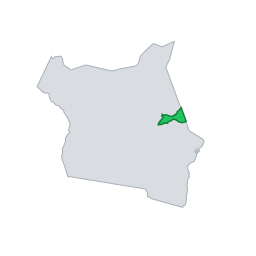 Dadaab, North-Eastern, Kenya shown in context, rotated 340°
{"feature_id": "3690345B19935861804031", "entity_name": "Dadaab", "entity_type": "district", "adm_level": 2, "iso_a3": "KEN", "parent_name": "Kenya", "parent_adm1": "North-Eastern", "projection": "albers", "projection_center": [40.106, 0.062], "detail": "fine", "context": "in_parent", "style": "filled", "palette": "green", "viewbox_px": 256, "rotation_deg": 340, "n_neighbors": 0, "source": "geoboundaries", "source_scale": "gbopen_adm2", "svg_char_len": 5795}
<svg xmlns="http://www.w3.org/2000/svg" viewBox="0 0 256 256"><g transform="rotate(340 128 128)"><path d="M55.0,153.6L54.9,150.5L55.4,142.6L55.4,135.6L55.8,132.1L57.5,129.9L58.3,128.3L58.9,126.1L59.8,124.2L61.9,122.8L62.3,121.9L64.4,119.5L65.8,116.3L66.7,115.2L68.0,114.2L68.8,113.6L70.2,113.1L71.4,112.8L71.6,112.6L71.7,112.1L71.3,110.1L71.8,109.4L72.5,108.1L73.4,106.9L74.2,106.1L74.6,105.3L74.9,103.9L74.9,102.9L74.9,101.3L74.7,97.6L73.8,94.5L73.2,91.1L73.6,89.9L72.9,87.9L72.6,87.8L72.0,87.4L71.2,85.5L70.7,83.7L70.3,83.3L67.9,81.7L66.7,78.2L65.3,77.4L64.6,73.8L64.5,72.8L65.3,69.2L65.2,68.4L64.4,67.7L62.1,66.9L60.2,65.4L60.5,64.9L60.6,64.4L59.6,64.0L56.8,57.9L60.5,54.3L64.2,50.6L69.0,46.0L73.3,41.7L77.1,38.0L80.5,34.7L80.4,35.4L80.4,36.2L80.8,36.7L81.5,37.1L82.5,36.7L83.3,36.2L84.1,36.1L89.2,37.5L90.0,38.7L89.9,40.0L90.2,40.9L89.8,41.9L89.3,44.7L89.5,47.3L90.9,49.2L92.3,50.8L93.4,52.9L94.2,53.6L95.2,53.9L98.7,54.0L103.8,54.1L108.8,54.3L109.2,54.3L110.3,54.6L114.8,57.5L118.9,60.2L122.5,62.5L125.9,64.7L129.2,66.9L131.8,68.7L134.3,69.2L138.4,69.5L141.3,69.6L143.9,70.3L147.9,71.0L150.8,71.4L152.6,71.8L157.5,72.2L158.3,72.0L160.4,70.0L162.9,66.8L163.8,65.0L167.0,63.2L172.5,60.7L176.3,59.0L180.7,57.3L182.6,58.8L185.3,61.2L186.5,62.4L187.5,62.9L189.0,63.3L190.8,63.3L191.7,63.2L193.7,62.9L198.4,62.6L201.1,62.6L198.8,65.9L196.1,69.8L191.2,76.9L187.4,80.7L184.6,83.5L184.3,84.0L184.3,87.2L184.4,94.9L184.4,110.3L184.5,125.8L184.6,141.2L184.6,148.9L184.6,151.5L187.1,154.8L189.6,157.9L192.9,162.1L194.6,164.4L194.9,165.1L194.8,166.6L192.1,169.8L189.9,171.2L187.0,171.9L186.1,171.7L184.9,171.3L184.5,172.0L184.2,173.2L183.5,173.0L183.0,172.6L183.3,174.7L183.6,175.7L183.2,177.1L181.7,178.3L181.6,179.4L178.5,182.0L174.1,182.3L171.8,183.7L170.8,184.8L170.0,187.2L170.3,190.8L169.0,193.6L168.8,195.0L166.5,196.8L165.5,198.5L164.8,200.2L164.1,201.0L163.4,204.8L162.3,207.1L162.0,207.9L161.8,208.6L160.9,209.9L160.4,210.8L160.0,211.5L157.3,217.4L155.2,220.1L153.6,219.7L152.5,220.8L152.4,221.3L151.8,221.0L150.4,220.0L147.6,218.0L144.8,216.0L142.0,214.0L139.1,212.0L136.3,209.9L133.5,207.9L130.7,205.9L127.9,203.9L126.2,202.7L125.5,202.0L124.9,200.6L124.6,200.3L123.9,199.8L123.0,199.7L122.8,199.5L122.8,198.8L123.1,197.8L124.1,196.0L124.2,194.9L124.0,193.7L123.7,191.7L123.4,191.2L121.6,190.2L117.7,188.0L113.8,185.8L109.8,183.6L105.9,181.5L102.0,179.3L98.1,177.1L94.2,174.9L90.3,172.7L86.4,170.5L82.5,168.3L78.6,166.1L74.7,164.0L70.8,161.8L66.9,159.6L63.0,157.4L59.1,155.2L57.7,154.3L56.4,153.6L55.0,153.6ZM184.9,175.1L184.3,175.2L184.6,174.2L186.6,172.9L187.4,173.2L187.6,173.5L187.2,174.0L184.9,175.1Z" fill="#d9dde1" stroke="#a8b0b8" stroke-width="1"/><path d="M166.8,137.0L167.0,136.4L167.2,136.2L167.4,136.1L167.6,136.1L167.8,136.0L167.9,135.9L168.0,135.9L168.7,136.0L168.9,136.0L169.0,136.0L169.4,136.0L169.6,136.0L169.8,135.9L170.4,136.0L170.6,136.0L170.8,135.9L171.0,135.9L171.3,135.9L171.5,135.8L171.8,135.7L172.2,135.4L173.0,135.1L173.3,135.1L173.5,135.2L173.6,135.4L173.7,135.5L173.8,135.5L174.0,135.6L174.4,135.7L174.5,135.7L174.5,135.8L174.8,136.0L175.0,136.1L175.2,136.3L175.4,136.4L175.7,136.6L175.8,136.6L176.0,136.6L176.0,136.8L176.1,137.0L176.3,137.3L176.3,137.5L176.7,137.8L176.8,137.9L176.8,138.0L177.0,138.1L177.1,138.3L177.2,138.6L177.3,138.6L177.3,138.9L177.5,139.1L177.6,139.3L177.8,139.5L178.0,139.7L178.5,140.2L178.8,140.4L179.2,140.6L180.2,141.1L180.9,141.4L181.1,141.5L181.3,141.6L181.6,141.7L182.2,141.7L182.9,141.8L183.1,141.8L183.3,141.8L183.5,141.8L183.9,141.7L184.9,141.7L184.9,130.0L184.9,127.1L184.6,127.3L184.3,127.4L184.1,127.5L183.8,127.7L183.5,127.8L183.3,128.1L182.9,128.4L182.4,128.7L182.2,128.8L181.7,128.9L181.5,129.0L180.9,129.1L180.5,129.3L180.4,129.3L180.2,129.6L179.9,129.7L179.8,129.8L179.7,129.8L179.7,130.0L179.4,130.5L179.2,130.6L179.2,130.8L179.1,131.0L178.9,131.1L178.7,131.2L178.6,131.3L178.4,131.3L178.2,131.3L177.9,131.3L177.8,131.5L177.7,131.5L177.4,131.6L177.2,131.7L176.9,131.6L176.7,131.5L176.6,131.4L176.4,131.5L176.2,131.6L176.1,131.8L176.0,132.0L175.9,132.1L175.7,132.0L175.4,132.2L175.1,132.2L174.9,132.2L174.6,132.1L174.4,132.1L174.2,132.2L173.8,132.1L173.7,132.0L173.4,132.0L173.1,132.0L172.8,132.0L172.7,131.9L172.4,131.7L172.2,131.6L171.8,131.4L171.6,131.3L171.4,131.3L171.2,131.1L170.9,130.9L170.7,130.7L170.4,130.4L170.0,130.0L169.9,129.8L169.7,129.6L169.3,129.5L169.1,129.3L168.8,129.1L168.5,128.9L168.0,128.6L167.8,128.4L167.7,128.4L167.2,128.3L166.9,128.3L166.6,128.2L166.3,128.1L166.2,128.0L166.0,127.9L165.8,127.8L165.7,127.7L165.4,127.5L165.1,127.2L165.1,127.3L164.9,127.4L164.7,127.4L164.7,127.5L164.6,127.8L164.2,128.1L163.9,128.3L164.2,128.5L164.3,128.6L164.5,128.8L164.7,129.0L164.8,129.1L164.9,129.3L164.9,129.5L164.8,129.9L164.5,130.1L164.4,130.3L164.2,130.3L164.0,130.5L163.9,130.6L163.6,130.8L163.4,130.8L163.2,130.9L162.8,131.2L162.6,131.2L162.4,131.3L162.2,131.4L162.1,131.5L161.6,132.0L161.3,132.2L161.2,132.2L161.2,132.3L160.9,132.4L160.7,132.4L160.7,132.5L160.4,132.7L160.5,132.9L160.4,132.9L160.4,133.0L160.2,133.0L159.9,133.1L159.7,133.1L159.4,133.2L159.2,133.3L159.2,133.5L158.9,133.6L158.8,133.9L158.7,133.9L158.6,134.0L158.4,134.2L158.2,134.2L158.1,134.3L158.1,134.5L157.8,134.7L157.7,134.8L157.7,135.0L157.6,135.3L157.6,135.5L157.9,135.5L159.0,135.6L159.3,135.6L159.6,135.8L159.9,136.1L160.0,136.1L160.3,136.0L160.4,135.9L160.5,135.9L160.6,136.0L160.8,136.0L161.0,136.1L161.3,136.1L161.9,136.1L162.1,136.0L162.2,135.9L162.3,136.0L162.5,136.0L162.8,136.0L162.8,135.9L163.0,135.8L163.3,135.8L163.3,135.7L163.5,135.5L163.8,135.7L163.9,135.8L164.0,135.9L164.1,136.0L164.3,136.1L164.5,136.2L164.8,136.2L165.0,136.2L165.0,136.3L165.3,136.3L165.5,136.4L165.7,136.5L165.9,136.6L166.0,136.7L166.1,136.8L166.3,136.8L166.5,136.8L166.8,137.0Z" fill="#22c55e" stroke="#15803d" stroke-width="1.5"/></g></svg>